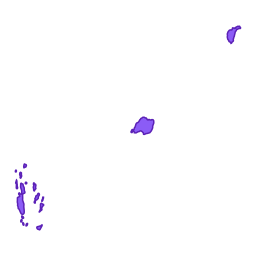 the district of Kien Hai, Vietnam
{"feature_id": "81297802B10550571931229", "entity_name": "Kien Hai", "entity_type": "district", "adm_level": 2, "iso_a3": "VNM", "parent_name": "Vietnam", "parent_adm1": "", "projection": "equal_earth", "projection_center": [104.487, 9.804], "detail": "fine", "context": "isolated", "style": "filled", "palette": "violet", "viewbox_px": 256, "rotation_deg": 0, "n_neighbors": 0, "source": "geoboundaries", "source_scale": "gbopen_adm2", "svg_char_len": 5638}
<svg xmlns="http://www.w3.org/2000/svg" viewBox="0 0 256 256"><path d="M145.4,118.0L144.1,117.2L142.8,117.3L142.5,117.5L142.1,117.9L140.9,118.5L140.7,118.7L140.4,119.4L139.9,119.7L139.6,120.2L138.9,121.5L138.6,121.9L138.1,122.4L136.7,123.0L136.4,123.4L136.0,124.0L135.1,126.9L134.4,127.9L134.2,128.5L134.0,129.7L133.7,130.0L133.3,130.2L133.1,130.2L132.9,129.8L132.7,129.6L132.3,129.5L132.0,129.7L131.5,130.6L131.3,131.4L131.0,131.7L131.0,131.9L131.1,132.2L131.2,132.4L131.9,132.6L132.9,131.5L133.1,131.4L133.5,131.4L134.2,131.8L134.5,132.1L134.6,132.4L134.4,132.6L134.4,132.8L136.0,132.9L138.2,131.7L139.1,131.6L140.0,131.0L140.9,130.9L142.0,131.5L143.3,132.8L143.5,133.4L143.4,133.8L143.5,134.1L143.6,134.3L144.1,134.4L144.6,134.3L145.3,134.0L145.8,133.6L146.1,133.5L146.6,133.6L147.0,133.5L149.8,132.7L151.3,130.9L152.4,128.6L152.6,127.9L152.7,127.2L152.7,126.0L153.7,123.3L153.8,122.8L153.7,120.7L153.1,119.8L152.8,119.7L151.9,119.6L151.5,119.7L151.2,120.0L150.7,119.9L150.4,120.0L150.1,120.0L149.2,119.5L149.0,119.4L148.3,119.9L147.8,119.9L147.2,119.6L147.2,119.3L146.6,118.5L146.2,118.0L145.9,117.9L145.4,118.0ZM23.0,193.9L23.5,193.4L23.9,193.4L24.6,193.1L24.8,192.9L24.9,192.6L24.9,192.1L24.8,191.7L24.5,191.2L24.3,190.1L24.2,188.1L24.1,187.5L23.3,185.9L23.1,184.7L22.8,184.0L21.9,183.7L21.2,183.2L21.0,183.3L20.7,183.7L20.7,184.2L20.6,186.8L20.7,187.6L21.6,190.4L21.7,191.0L21.7,193.6L21.4,194.1L21.0,194.2L20.7,194.2L20.4,194.1L19.6,193.1L19.4,192.9L19.1,193.0L18.7,193.3L18.7,193.8L18.7,194.2L19.6,195.6L19.7,196.3L19.4,196.6L17.7,197.4L17.5,197.6L17.4,197.9L17.4,198.5L17.4,200.0L17.3,202.0L17.4,202.6L17.7,203.9L17.6,205.3L17.6,205.7L18.0,206.4L18.2,208.3L18.3,208.6L18.9,209.0L19.2,209.5L20.8,213.1L21.2,213.7L21.4,213.9L22.2,214.3L22.6,214.4L23.3,214.1L23.9,213.5L24.1,212.9L24.2,212.3L24.2,210.7L23.8,206.8L23.9,204.7L23.9,204.0L22.7,200.4L22.6,199.4L22.7,198.3L22.6,194.9L23.0,193.9ZM239.6,26.3L239.2,26.2L238.1,26.4L237.7,26.3L236.8,26.8L235.9,27.2L235.8,27.3L235.8,27.8L235.7,28.1L235.4,27.9L235.1,28.0L234.9,27.9L234.5,28.3L233.7,28.0L233.0,28.2L232.8,27.9L232.6,27.9L232.4,28.2L232.4,28.9L232.1,29.3L231.9,29.8L231.1,30.0L230.6,29.9L229.9,30.0L229.2,30.4L228.0,31.9L227.3,33.9L227.3,34.2L227.5,35.7L227.3,36.6L227.3,37.1L227.4,37.8L227.6,38.4L227.7,39.1L228.1,39.7L228.3,39.8L228.6,40.5L228.9,40.8L228.9,41.3L229.0,41.4L229.4,41.8L230.4,42.2L231.0,43.0L230.9,43.2L231.0,43.4L231.4,43.2L231.7,42.9L231.7,42.7L231.9,42.3L233.1,41.3L233.4,40.8L233.4,40.6L233.3,39.9L233.3,39.1L233.7,38.0L233.8,37.4L234.4,36.0L234.4,35.6L235.1,32.8L235.2,32.0L235.6,31.3L236.2,30.8L236.6,29.7L236.9,29.4L237.5,29.3L238.2,28.9L238.5,28.5L238.8,28.4L239.1,28.4L239.9,28.6L240.2,28.5L240.5,28.2L240.6,27.9L239.6,26.3ZM35.6,200.7L36.1,200.0L36.6,199.9L37.1,199.6L38.2,198.4L38.3,198.2L38.3,197.2L38.4,196.7L38.9,195.7L39.3,195.1L39.4,194.8L39.3,194.0L39.0,193.5L38.6,193.3L38.0,193.5L37.0,195.5L36.1,195.8L35.8,196.2L35.7,197.2L35.6,197.6L35.1,198.1L34.9,198.5L35.0,199.6L35.1,200.3L35.4,200.7L35.6,200.7ZM39.4,212.0L39.6,211.9L41.0,210.5L41.5,210.3L41.9,209.7L41.9,209.2L41.7,208.3L41.8,207.7L42.6,206.4L43.7,205.1L43.5,204.4L42.6,204.2L41.9,203.5L41.5,203.3L41.0,203.4L40.6,203.9L40.4,204.8L40.5,205.9L40.4,207.3L40.5,208.8L40.2,209.8L39.3,211.6L39.2,211.9L39.4,212.0ZM34.4,184.6L34.1,183.0L34.0,182.9L33.8,182.9L33.6,183.1L33.4,184.0L33.4,184.3L33.8,184.9L33.8,185.1L33.7,185.7L33.4,186.6L33.3,187.5L33.3,187.8L33.6,188.5L33.7,190.2L34.0,190.8L34.4,190.9L34.5,190.8L34.7,190.1L35.0,189.6L35.7,188.9L35.8,188.6L35.9,188.4L35.5,187.3L35.6,186.7L35.8,186.1L35.9,185.7L35.8,184.9L35.6,184.3L35.3,184.1L34.6,184.6L34.4,184.6ZM41.9,226.0L42.1,225.4L42.1,225.1L42.0,224.9L41.7,225.0L41.4,225.2L40.5,226.1L39.5,226.1L38.2,226.6L37.3,226.7L36.9,227.1L36.8,227.6L36.9,228.1L37.4,228.9L37.6,229.1L39.6,229.8L40.0,229.5L41.9,226.0ZM20.7,178.1L21.0,177.8L21.3,176.9L21.7,176.1L21.7,175.9L21.4,174.8L21.4,172.9L21.0,172.5L20.5,172.3L20.3,172.4L19.9,172.8L19.8,173.2L19.7,174.2L19.7,174.7L20.3,176.3L20.3,176.7L20.1,177.4L20.2,177.8L20.4,178.1L20.7,178.1ZM16.9,188.7L17.3,188.6L17.6,188.1L17.6,187.5L17.2,186.0L17.2,184.5L17.0,183.4L16.9,181.3L16.7,180.3L16.5,180.0L16.4,180.2L16.2,181.1L15.8,182.3L15.7,183.0L16.3,184.0L16.4,184.4L16.4,185.0L16.3,187.1L16.3,188.1L16.6,188.5L16.9,188.7ZM25.8,167.0L26.0,166.6L26.4,165.6L26.3,165.0L26.0,164.6L25.3,164.5L24.7,164.0L24.4,164.0L24.0,164.8L23.7,166.7L23.9,167.7L24.0,167.8L25.1,167.1L25.6,167.1L25.8,167.0ZM22.7,218.4L23.2,218.3L23.5,218.0L23.6,217.9L23.5,217.4L23.0,216.6L22.1,216.1L21.9,216.0L21.7,216.5L21.9,217.6L22.3,218.3L22.7,218.4ZM26.3,225.9L26.9,225.6L27.3,225.0L27.6,223.9L27.5,223.5L27.2,223.4L26.9,223.5L26.3,224.2L26.0,225.4L26.0,225.8L26.3,225.9ZM21.1,222.0L21.4,221.9L21.7,221.6L21.9,221.1L22.0,220.8L22.0,220.1L21.9,219.8L21.4,219.7L21.0,220.1L20.9,220.4L20.8,220.8L20.8,221.7L21.0,222.0L21.1,222.0ZM35.2,203.0L35.3,201.5L35.3,200.9L35.0,200.8L34.5,201.1L34.3,201.7L34.2,202.4L34.3,202.7L34.6,203.0L34.9,203.1L35.2,203.0ZM26.0,183.9L26.6,183.6L26.8,183.0L26.7,182.7L26.5,182.4L26.0,182.2L25.8,182.2L25.5,182.4L25.3,183.2L25.3,183.5L25.6,183.8L26.0,183.9ZM23.6,225.2L23.8,225.1L23.9,224.8L23.9,224.4L23.8,223.8L23.4,223.0L23.0,222.7L22.8,222.8L22.7,223.1L23.0,224.6L23.2,225.0L23.6,225.2ZM15.5,171.9L16.1,171.9L16.2,171.7L16.4,171.2L16.4,170.8L16.2,170.3L16.0,170.1L15.9,170.1L15.6,170.4L15.4,171.0L15.4,171.8L15.5,171.9ZM43.2,198.8L43.4,198.3L43.5,197.6L43.5,197.2L42.9,197.1L42.7,197.6L42.6,198.6L42.7,198.8L42.9,199.0L43.2,198.8ZM41.9,201.3L42.4,201.0L42.8,200.3L43.0,199.8L42.7,199.3L42.2,199.5L41.8,200.7L41.8,201.2L41.9,201.3Z" fill="#8b5cf6" stroke="#5b21b6" stroke-width="1.5"/></svg>